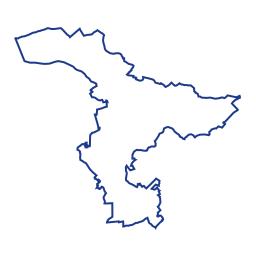 Apahida, Cluj, Romania
{"feature_id": "2599482B3126144168162", "entity_name": "Apahida", "entity_type": "district", "adm_level": 2, "iso_a3": "ROU", "parent_name": "Romania", "parent_adm1": "Cluj", "projection": "equal_earth", "projection_center": [23.734, 46.787], "detail": "fine", "context": "isolated", "style": "outline", "palette": "blue", "viewbox_px": 256, "rotation_deg": 0, "n_neighbors": 0, "source": "geoboundaries", "source_scale": "gbopen_adm2", "svg_char_len": 5772}
<svg xmlns="http://www.w3.org/2000/svg" viewBox="0 0 256 256"><path d="M239.6,95.9L236.3,97.3L227.6,95.4L226.2,96.9L224.5,98.1L224.0,98.0L223.1,97.6L221.1,97.5L220.8,97.8L217.9,98.4L215.1,98.7L210.4,97.6L206.4,97.9L201.7,97.6L200.0,96.5L198.5,96.5L197.8,94.0L197.0,93.4L195.5,92.8L195.4,92.0L194.2,91.3L194.3,90.5L194.0,89.4L194.2,88.3L190.9,85.4L188.8,85.4L185.6,85.0L184.2,85.1L182.5,84.5L180.5,84.2L179.6,83.3L176.8,85.3L176.0,85.6L174.8,85.7L171.4,82.6L168.9,85.2L165.5,87.0L163.4,84.6L162.0,84.1L161.4,83.4L160.7,83.3L160.5,83.8L160.0,84.0L157.7,83.2L155.8,82.8L154.9,82.0L154.6,81.1L153.3,79.7L148.9,78.4L143.1,77.1L143.3,78.3L143.1,79.1L142.7,79.8L141.8,80.4L139.7,80.7L136.0,79.3L136.3,78.2L135.5,78.0L135.6,77.5L133.3,77.3L133.5,75.9L128.1,75.3L127.0,74.6L130.3,71.4L130.0,71.4L131.4,70.2L131.3,69.5L131.9,68.9L132.8,67.4L133.3,67.0L133.5,65.6L132.0,64.7L128.7,63.9L125.8,61.9L124.2,61.1L124.1,58.3L122.9,58.4L122.6,57.0L121.7,55.9L121.4,54.8L120.5,53.9L118.5,53.2L115.9,53.3L113.7,53.8L110.0,53.2L108.1,51.9L106.2,50.9L104.9,48.9L104.4,46.1L103.2,41.9L103.1,39.7L103.4,37.7L103.5,36.7L104.1,35.2L102.4,33.4L101.1,32.8L97.4,30.2L96.4,31.0L94.0,32.3L91.8,34.4L90.9,34.4L89.6,34.8L88.4,34.8L86.7,35.0L83.9,35.8L80.1,29.8L79.7,28.8L69.9,37.2L69.0,35.8L67.0,34.5L63.5,30.6L61.2,28.3L60.4,28.2L54.1,29.0L51.7,29.0L49.7,28.6L48.9,28.3L47.6,28.2L46.5,28.6L45.5,29.2L40.7,30.6L39.6,31.1L37.8,31.3L36.0,32.2L32.6,32.8L31.3,33.6L27.9,35.1L24.1,36.4L22.0,36.6L18.9,37.9L18.0,38.5L15.9,38.2L15.4,38.4L24.5,61.1L30.1,62.7L35.3,62.7L42.1,63.7L45.6,63.9L49.5,63.6L55.8,61.6L58.4,61.1L64.1,62.3L70.5,65.3L73.3,66.7L75.2,68.7L76.9,69.9L81.5,71.4L84.0,73.4L85.0,74.4L86.5,76.8L88.3,77.9L89.7,79.2L90.2,80.3L91.0,81.4L94.7,82.8L96.2,83.7L96.2,84.5L96.7,85.9L92.5,88.3L92.0,89.0L91.0,89.6L90.6,90.1L91.5,90.9L91.3,91.1L92.4,91.9L90.1,93.7L91.0,95.1L91.5,96.4L92.1,97.3L93.2,97.2L95.3,97.8L97.5,99.6L99.2,100.3L100.4,100.4L102.1,99.8L102.4,100.1L103.3,102.3L105.6,101.9L106.6,100.6L107.1,100.9L107.3,101.6L106.9,101.4L107.0,101.6L106.6,101.7L106.8,106.7L104.7,107.2L101.7,108.4L97.0,109.6L97.1,110.8L96.7,114.3L96.2,114.2L96.1,114.8L94.9,114.7L97.5,123.7L98.3,127.3L99.7,127.7L99.7,128.3L99.4,128.6L98.7,128.8L99.3,129.7L99.2,129.8L93.9,132.5L92.0,132.8L91.6,133.6L90.4,134.6L90.1,136.8L89.9,145.1L89.7,145.1L89.7,146.2L87.5,146.1L87.5,147.3L85.6,147.4L85.5,146.5L84.9,145.7L86.7,144.6L86.2,144.1L86.6,143.5L86.7,142.7L85.9,142.7L85.9,143.2L85.6,143.5L81.6,144.4L81.1,145.1L77.9,147.4L77.4,148.7L77.7,149.3L77.5,149.8L79.4,150.7L80.0,151.8L79.9,152.8L80.4,153.5L80.1,158.3L80.5,160.1L82.3,160.8L83.5,161.9L86.0,163.2L89.9,169.2L92.6,172.1L96.5,175.4L94.5,177.5L94.8,178.3L94.9,178.2L95.2,178.6L95.6,178.6L96.4,179.3L96.6,179.6L97.4,179.6L97.8,180.3L98.6,179.7L99.3,180.4L99.4,180.8L99.8,180.9L99.8,181.2L99.4,181.5L99.8,181.7L99.7,182.0L99.0,182.6L98.8,182.4L97.1,184.0L97.3,184.8L97.9,185.0L98.1,185.5L97.9,185.7L97.6,185.3L97.3,185.3L97.1,185.8L97.5,186.4L97.5,186.7L96.9,187.7L97.2,187.6L99.2,188.2L98.9,188.7L99.6,189.0L100.3,188.6L101.3,187.5L101.5,186.9L101.8,187.1L102.3,186.9L103.4,187.6L104.5,190.9L106.0,193.3L105.2,194.1L104.7,195.4L103.8,196.7L103.6,197.3L103.8,198.8L104.8,201.1L104.9,201.8L104.5,203.4L106.5,203.5L112.3,203.2L112.4,216.8L108.5,219.3L107.1,221.7L107.0,222.5L118.7,221.4L118.9,222.3L123.1,221.4L123.3,223.9L123.2,226.4L124.4,226.4L125.7,225.7L126.9,225.6L128.2,225.8L130.2,225.1L131.4,225.1L133.2,224.4L135.6,223.0L138.1,222.7L138.8,222.2L141.3,221.6L143.2,220.7L145.6,218.6L147.5,217.8L147.8,219.4L148.6,220.8L148.7,222.0L149.5,223.3L151.3,224.3L152.5,225.9L155.3,227.4L155.6,227.8L155.9,227.0L156.6,226.1L159.7,222.8L162.1,221.0L162.0,220.8L162.4,220.5L162.8,219.8L162.4,219.7L162.9,219.2L163.0,218.7L162.4,217.4L160.7,215.6L159.6,215.6L158.7,216.3L158.2,216.1L157.9,216.5L157.5,216.3L157.5,215.9L157.3,215.8L158.0,214.1L157.8,212.6L159.1,211.6L160.4,210.2L157.8,206.7L158.5,206.2L159.2,205.1L160.4,202.5L160.1,198.2L159.6,197.2L159.9,196.7L158.0,195.1L159.9,194.0L158.7,191.3L159.5,190.7L159.1,190.5L158.6,189.7L157.0,187.6L155.5,189.2L154.4,189.6L151.7,188.8L155.7,184.6L158.8,185.8L158.8,184.7L159.4,183.4L159.2,182.1L159.5,180.8L156.1,178.6L154.3,180.6L146.3,188.4L144.7,186.9L143.9,185.9L142.6,186.3L142.1,186.8L141.9,186.6L139.9,183.6L139.0,183.8L139.5,184.1L139.4,184.7L138.5,184.4L137.9,184.6L137.6,185.1L137.6,185.6L137.1,187.1L135.9,186.7L133.8,185.3L131.2,184.0L129.6,183.4L128.5,182.5L127.6,181.3L126.2,180.5L126.0,180.1L126.0,178.5L126.8,173.2L126.5,171.9L125.9,170.8L126.0,169.4L125.8,168.0L125.9,167.1L126.6,165.7L130.3,170.3L134.3,169.0L132.5,165.7L131.0,165.8L131.6,164.0L132.6,162.3L134.3,160.6L135.5,159.8L134.5,159.4L134.4,158.5L132.4,158.6L132.5,154.7L133.8,152.0L134.2,151.5L135.8,150.4L137.2,149.8L138.6,150.2L140.6,150.0L142.7,150.5L145.4,150.8L147.0,150.5L147.4,150.0L147.2,149.5L148.6,147.4L149.6,147.4L151.1,146.6L152.2,146.4L154.0,146.6L154.6,146.5L155.6,145.6L155.5,145.1L155.7,143.8L154.8,141.1L155.8,140.2L158.7,135.6L159.5,133.7L162.6,132.5L163.0,131.7L163.4,131.3L164.0,128.5L166.9,127.1L168.9,127.1L169.9,127.7L172.1,128.4L173.1,129.3L174.5,131.4L176.6,133.2L178.3,134.2L179.5,135.5L180.3,136.5L180.1,136.7L182.3,137.9L183.3,138.9L184.5,139.2L184.6,138.6L185.4,137.5L186.5,136.8L188.3,135.0L190.0,134.4L191.2,134.3L192.8,135.0L193.7,135.7L194.1,136.5L194.9,137.4L195.5,137.0L196.3,136.0L199.8,134.7L203.7,134.5L205.9,134.6L208.8,135.2L209.7,134.2L209.2,132.7L209.3,131.9L210.5,131.0L211.6,129.5L215.2,128.3L216.2,128.5L218.4,126.4L222.1,127.6L225.1,124.0L223.5,122.8L223.3,122.7L223.5,122.3L225.2,121.6L233.6,112.7L237.6,110.1L237.8,109.9L237.4,109.2L231.9,103.5L233.0,102.0L235.3,100.0L236.1,99.4L237.0,99.3L238.6,98.2L239.8,97.8L240.6,97.4L240.1,97.4L239.6,95.9Z" fill="none" stroke="#1e3a8a" stroke-width="2"/></svg>